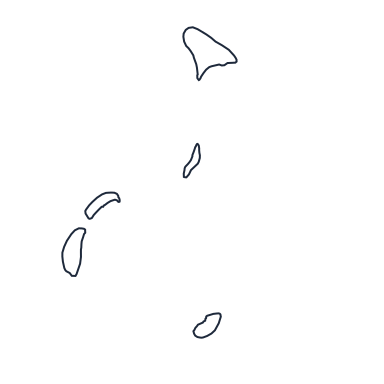 Woleai, Federated States of Micronesia, rotated 305°
{"feature_id": "79324940B51603968819213", "entity_name": "Woleai", "entity_type": "district", "adm_level": 2, "iso_a3": "FSM", "parent_name": "Federated States of Micronesia", "parent_adm1": "", "projection": "mercator", "projection_center": [143.866, 7.353], "detail": "fine", "context": "isolated", "style": "outline", "palette": "slate", "viewbox_px": 384, "rotation_deg": 305, "n_neighbors": 0, "source": "geoboundaries", "source_scale": "gbopen_adm2", "svg_char_len": 2164}
<svg xmlns="http://www.w3.org/2000/svg" viewBox="0 0 384 384"><g transform="rotate(305 192 192)"><path d="M307.8,106.7L306.7,110.0L304.7,114.7L303.1,116.5L299.1,122.2L296.7,124.7L291.5,129.3L290.7,129.3L288.4,131.0L288.1,131.7L287.6,133.4L288.2,133.7L290.0,133.7L291.7,133.3L296.1,133.2L300.3,133.4L304.2,134.5L306.2,135.9L312.0,141.1L312.7,143.8L314.4,145.8L318.0,147.1L322.8,153.3L324.4,153.7L325.9,152.6L326.9,150.8L327.9,148.2L329.6,140.6L329.4,132.5L328.7,125.0L329.3,119.3L329.3,113.4L328.6,103.2L327.4,98.2L324.5,95.1L321.2,93.9L317.0,94.3L314.2,95.9L310.7,99.3L308.3,103.5L307.8,106.7ZM68.0,120.6L64.8,122.8L60.9,126.2L56.5,131.0L55.4,132.9L55.0,134.5L55.5,138.3L54.4,141.6L56.4,144.7L58.6,144.5L69.0,141.5L75.1,138.3L78.6,135.8L81.2,134.0L82.8,133.3L86.1,131.2L88.4,129.9L92.6,128.7L95.6,127.7L97.4,127.9L99.9,126.0L99.9,124.6L98.9,122.5L97.3,120.1L93.4,118.0L88.2,117.3L80.3,117.5L73.8,118.7L68.0,120.6ZM80.4,273.1L78.8,273.0L77.2,274.9L76.2,277.0L76.3,279.6L77.4,282.1L78.2,283.5L79.3,284.6L82.8,287.0L87.2,289.1L91.8,290.1L99.8,289.2L106.4,287.1L108.0,285.5L108.2,284.6L107.9,283.5L106.7,282.0L104.4,279.4L99.3,275.4L98.2,275.1L96.7,275.9L96.0,275.7L94.1,276.6L92.5,275.7L91.3,275.8L86.7,273.0L84.8,273.0L82.7,272.7L80.4,273.1ZM112.1,124.2L113.4,124.9L116.7,124.7L119.8,125.1L124.4,125.8L128.1,126.5L129.0,127.7L130.3,127.5L131.7,128.2L134.6,129.1L137.8,130.5L140.1,132.2L141.5,133.3L141.9,134.5L142.1,135.5L141.7,137.0L141.7,137.4L142.0,137.9L142.6,138.2L143.9,137.4L145.1,136.0L145.5,134.7L146.6,133.7L147.4,131.5L146.9,128.9L145.5,126.6L144.0,124.6L141.9,122.0L138.5,119.7L132.9,117.5L126.7,116.1L122.1,115.4L116.8,115.3L115.2,115.5L113.3,117.2L111.1,122.3L111.2,123.3L112.1,124.2ZM202.3,174.7L199.7,176.7L200.1,177.9L200.8,179.0L202.8,179.2L204.6,179.4L206.5,179.1L209.4,178.6L218.5,180.5L220.6,180.2L224.3,178.9L226.6,177.4L228.3,175.6L230.2,174.0L231.8,172.9L233.0,171.8L234.0,170.8L234.6,169.0L234.2,168.6L233.0,168.6L231.4,169.0L230.6,168.9L229.2,169.4L225.7,170.4L222.4,171.2L221.4,171.9L217.5,172.8L214.9,172.8L212.5,172.6L209.3,172.1L208.2,172.1L207.0,172.5L205.6,173.3L202.3,174.7Z" fill="none" stroke="#1e293b" stroke-width="2"/></g></svg>